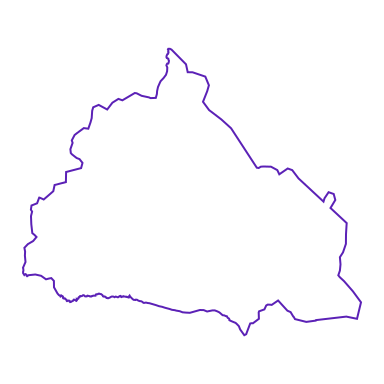 Kirfi, Bauchi, Nigeria
{"feature_id": "59680162B60638866528984", "entity_name": "Kirfi", "entity_type": "district", "adm_level": 2, "iso_a3": "NGA", "parent_name": "Nigeria", "parent_adm1": "Bauchi", "projection": "natural_earth1", "projection_center": [10.416, 10.451], "detail": "fine", "context": "isolated", "style": "outline", "palette": "violet", "viewbox_px": 384, "rotation_deg": 0, "n_neighbors": 0, "source": "geoboundaries", "source_scale": "gbopen_adm2", "svg_char_len": 5614}
<svg xmlns="http://www.w3.org/2000/svg" viewBox="0 0 384 384"><path d="M357.0,318.8L361.0,302.3L357.3,297.3L352.9,291.3L344.0,281.1L339.8,277.2L338.3,275.3L339.9,270.6L340.5,264.4L339.9,257.2L343.0,252.4L345.9,243.9L346.0,234.4L346.0,234.2L346.4,227.6L346.5,225.8L346.7,223.1L330.5,208.0L335.3,200.0L333.7,194.0L328.6,192.2L324.5,198.3L323.5,201.6L298.5,178.4L292.2,170.1L287.7,168.5L279.3,174.3L277.3,170.1L271.0,166.7L267.1,166.6L263.5,166.5L260.8,166.7L258.7,168.0L256.8,167.7L231.1,128.3L221.3,119.4L209.1,110.1L203.0,101.8L207.2,91.2L208.9,85.3L205.3,76.6L192.6,72.3L187.7,72.2L186.0,64.3L171.5,49.6L169.9,48.8L168.3,48.8L167.9,49.4L168.2,50.2L168.5,51.0L168.1,51.9L168.5,52.6L168.0,53.9L167.4,54.1L166.9,55.1L166.5,56.2L166.5,57.4L166.9,58.1L167.5,58.2L168.3,58.7L168.4,59.7L168.9,60.5L168.9,61.3L168.7,62.4L168.3,63.5L167.7,63.5L167.2,63.6L166.7,64.5L166.4,65.4L167.3,67.5L167.1,71.3L166.0,74.8L163.6,78.0L160.6,81.2L159.7,83.1L158.0,87.0L157.1,91.1L156.9,94.0L155.8,97.9L150.5,98.1L149.0,97.4L141.6,95.8L136.7,93.3L135.3,93.1L134.8,93.0L122.4,100.3L118.4,98.9L112.4,102.7L107.2,109.5L98.7,104.9L93.2,107.3L92.2,110.7L91.7,118.1L90.5,122.4L88.3,128.7L83.8,128.1L77.3,132.9L74.6,135.0L71.8,140.4L72.6,142.9L70.4,149.2L70.8,153.0L71.9,154.3L76.6,158.0L79.5,159.1L82.5,162.9L81.1,168.1L66.1,172.0L65.9,182.1L54.6,185.0L53.3,191.2L49.5,194.5L47.2,196.5L43.7,199.5L41.8,198.6L39.5,197.6L39.3,197.6L39.2,197.6L37.1,203.3L31.5,205.5L30.9,209.7L32.1,211.6L31.0,216.1L31.3,224.2L32.3,233.1L34.6,235.0L36.5,237.0L33.2,241.0L27.9,244.1L24.4,247.8L25.1,251.6L24.9,255.6L25.5,262.0L23.0,267.8L23.3,268.9L23.4,270.7L23.1,271.7L23.1,273.1L23.8,274.2L24.3,275.0L25.0,274.3L25.5,274.1L26.4,274.7L26.6,275.7L27.1,276.2L28.6,275.2L35.3,274.5L41.1,275.8L46.0,279.3L49.1,278.5L51.3,278.1L53.9,280.9L54.0,287.3L57.5,293.5L58.2,294.3L58.9,295.1L59.5,295.5L59.8,295.7L60.5,295.5L60.5,296.0L60.6,296.4L60.9,296.2L61.0,295.9L61.3,295.5L61.6,295.7L62.1,296.0L62.5,296.1L62.9,296.6L62.8,297.1L62.9,297.5L63.2,297.4L63.5,297.6L63.5,298.0L63.5,298.4L64.1,298.6L64.7,298.5L65.1,298.5L65.3,298.9L65.6,299.3L66.1,299.5L66.4,299.6L66.5,299.7L66.6,300.0L66.6,300.5L66.7,300.8L66.9,301.1L67.1,301.1L67.5,300.9L67.8,300.9L68.2,300.7L68.4,300.7L68.5,300.6L68.8,300.5L69.2,300.6L69.4,300.8L69.5,301.0L69.6,301.3L69.9,301.2L70.1,301.3L70.0,301.6L70.1,301.9L70.2,302.1L70.8,302.0L71.3,301.7L71.8,301.4L72.3,301.1L72.9,300.9L73.2,300.6L73.5,300.3L73.5,300.0L73.6,299.7L73.8,299.6L74.1,299.6L74.3,299.7L74.7,299.9L75.2,300.1L75.4,300.3L75.6,300.4L75.8,300.6L76.1,300.8L76.3,300.9L76.5,300.7L76.9,300.2L77.0,299.9L76.9,299.6L76.7,299.4L76.7,299.2L76.7,298.8L77.0,298.9L77.4,298.7L77.7,298.7L77.9,298.8L78.3,298.7L78.5,298.5L78.5,298.3L78.5,297.9L78.6,297.6L78.7,297.3L78.9,297.1L79.2,297.1L79.4,297.0L79.7,296.9L79.7,296.7L79.8,296.4L79.9,296.2L80.1,296.1L80.3,296.0L80.6,296.1L80.9,296.1L81.3,296.1L81.7,296.1L82.0,296.0L82.3,295.8L82.5,295.6L82.7,295.4L82.9,295.3L83.2,295.2L83.5,295.2L83.8,295.3L84.1,295.4L84.3,295.6L84.4,295.8L84.6,296.0L84.8,296.1L85.0,296.2L85.2,296.4L85.5,296.4L85.8,296.4L86.2,296.3L86.4,296.4L86.7,296.4L86.8,296.2L87.0,296.0L87.2,295.9L87.4,295.7L87.6,295.8L87.9,295.9L88.2,295.9L88.6,295.9L88.8,296.0L89.1,296.0L89.3,296.1L89.6,296.2L89.8,296.4L90.1,296.4L90.4,296.4L90.7,296.4L90.8,296.5L91.0,296.5L91.2,296.3L91.4,296.4L91.5,296.4L91.7,296.2L92.0,296.1L92.3,295.9L92.5,295.9L92.5,296.0L92.8,295.9L93.3,295.7L93.5,295.7L93.8,295.7L94.0,295.6L94.5,295.7L94.8,295.7L95.0,295.7L95.5,295.7L95.6,295.3L95.5,295.2L95.8,294.8L95.9,294.5L96.1,294.5L96.4,294.3L96.6,294.3L96.9,294.2L97.2,294.2L97.4,294.3L97.7,294.2L97.9,294.1L98.1,294.0L98.3,293.8L98.4,293.7L98.6,293.7L98.8,293.8L99.0,293.8L99.4,293.8L99.6,293.7L100.1,294.0L100.7,294.1L101.3,294.2L101.8,294.7L102.4,295.1L102.7,295.6L103.0,296.3L103.3,296.5L103.7,296.6L104.2,296.4L104.7,296.5L105.0,296.6L105.2,296.9L105.5,296.9L105.9,297.2L106.1,297.6L106.5,297.7L106.7,298.0L107.2,298.0L108.0,298.3L109.8,297.6L110.9,296.9L112.0,296.5L113.4,296.6L114.6,297.2L115.6,296.6L116.5,296.8L117.6,297.2L117.9,297.3L118.3,297.2L118.6,297.0L118.8,296.7L119.1,296.6L119.4,296.3L119.6,296.1L119.9,296.1L120.2,296.0L120.6,295.9L120.8,296.1L120.9,296.3L121.1,296.6L121.1,296.9L121.4,297.1L121.7,297.0L122.0,296.9L122.2,296.7L122.5,296.6L122.8,296.5L123.0,296.3L123.4,296.2L123.5,296.2L123.7,296.4L123.9,296.6L124.2,296.5L124.7,296.5L125.2,296.6L125.5,296.7L125.9,296.8L126.1,296.9L126.5,296.7L126.9,296.8L127.2,296.9L127.3,297.1L127.8,297.2L128.0,297.3L128.3,297.4L128.6,297.5L128.9,297.5L129.1,297.1L129.1,296.4L129.1,296.2L129.3,296.0L129.6,295.6L130.3,296.9L131.0,297.4L131.8,298.3L132.9,299.3L133.6,299.8L134.6,299.9L135.5,300.0L135.9,299.6L137.1,299.8L138.1,300.5L139.6,301.1L141.0,301.2L142.3,301.8L143.4,302.8L144.0,302.9L144.7,302.8L145.8,302.6L146.6,302.7L147.6,303.0L149.4,303.2L155.9,305.1L159.1,306.2L162.1,306.8L164.8,307.7L167.4,308.4L169.7,309.0L171.9,309.8L174.9,310.2L176.2,310.6L179.7,311.2L182.6,312.3L185.9,312.6L189.9,312.8L199.9,310.0L203.7,310.1L207.1,311.5L212.4,310.4L214.8,310.4L217.4,311.4L219.4,312.4L220.8,313.6L221.7,314.4L222.6,315.2L224.4,315.4L225.7,316.1L226.8,316.2L227.7,317.8L228.9,318.5L229.4,319.4L229.4,320.2L230.6,320.8L233.4,322.0L235.6,322.9L237.2,324.4L238.9,326.2L239.4,327.5L240.2,329.5L244.3,335.2L246.2,334.2L246.8,332.5L250.2,323.5L251.7,323.2L252.9,323.3L258.9,318.8L258.7,312.4L259.1,311.3L264.4,309.4L266.2,305.5L267.7,304.6L270.3,304.7L271.7,304.9L278.1,300.5L287.4,310.7L290.6,312.1L293.3,316.6L293.6,316.7L295.0,319.1L306.3,321.9L315.8,320.6L316.0,320.1L346.3,316.6L357.0,318.8Z" fill="none" stroke="#5b21b6" stroke-width="2"/></svg>